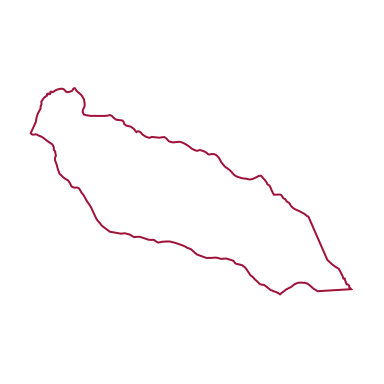 Newfield/Fiette, Choiseul, Saint Lucia (Mercator projection), rotated 93°
{"feature_id": "8701671B94960647396655", "entity_name": "Newfield/Fiette", "entity_type": "district", "adm_level": 2, "iso_a3": "LCA", "parent_name": "Saint Lucia", "parent_adm1": "Choiseul", "projection": "mercator", "projection_center": [-61.052, 13.789], "detail": "fine", "context": "isolated", "style": "outline", "palette": "rose", "viewbox_px": 384, "rotation_deg": 93, "n_neighbors": 0, "source": "geoboundaries", "source_scale": "gbopen_adm2", "svg_char_len": 6036}
<svg xmlns="http://www.w3.org/2000/svg" viewBox="0 0 384 384"><g transform="rotate(93 192 192)"><path d="M243.1,209.0L243.4,207.4L243.7,206.0L244.4,203.5L244.9,201.9L245.4,199.8L245.9,198.6L246.1,197.8L246.8,196.0L248.1,193.6L248.5,191.9L249.0,190.5L249.2,190.0L249.6,189.5L250.7,188.2L251.8,186.8L252.9,185.5L253.3,184.8L254.1,183.9L257.0,174.5L257.1,173.9L257.1,173.7L256.9,172.2L256.9,170.2L256.8,169.3L256.3,165.2L256.3,164.5L256.4,163.7L256.4,163.0L256.7,162.0L257.2,159.7L257.3,159.2L257.1,157.9L256.8,156.0L256.7,155.2L256.7,154.7L256.8,154.0L257.3,151.7L257.5,150.9L258.0,148.7L258.5,147.3L258.7,146.9L258.9,146.7L259.7,146.1L260.0,145.9L260.8,145.1L261.2,144.5L261.4,144.0L261.8,141.6L262.0,140.4L262.4,138.3L263.6,136.5L263.8,136.0L264.9,134.8L266.5,133.3L268.7,131.8L269.9,130.8L270.6,130.4L271.0,130.2L271.4,129.9L272.1,129.1L272.8,128.3L273.1,127.7L273.7,126.9L274.3,126.3L274.6,125.9L275.4,125.3L276.4,124.1L277.1,123.2L277.4,122.8L278.8,121.2L280.0,120.0L280.3,119.6L280.6,119.0L280.9,117.2L280.9,116.7L281.0,116.0L281.0,115.2L283.9,110.9L285.0,109.4L285.7,108.6L285.9,108.3L286.0,107.5L286.0,107.3L286.2,106.7L286.5,106.3L286.7,105.6L287.4,103.2L288.1,101.4L288.7,100.2L289.0,99.8L289.2,99.2L289.6,98.7L287.6,96.7L286.8,95.6L286.4,95.1L286.0,94.6L284.9,93.5L284.4,92.8L283.2,90.8L282.1,88.8L281.4,87.8L280.3,86.5L279.2,85.4L278.7,84.6L277.3,81.9L277.1,81.4L276.9,79.5L276.8,78.7L276.8,76.7L276.8,75.6L276.8,74.9L277.3,72.6L277.4,72.0L277.7,71.4L278.0,71.0L278.5,70.3L278.8,69.9L279.0,69.6L280.5,67.7L281.0,67.1L282.0,65.8L282.8,64.5L283.4,63.3L284.5,61.4L280.7,27.9L279.9,28.7L279.2,29.8L278.5,30.1L277.3,30.1L276.3,31.3L276.0,32.8L271.2,34.9L270.5,34.9L270.6,36.2L269.6,36.7L267.8,37.3L261.0,41.4L258.8,45.5L256.5,48.8L252.7,53.3L210.4,74.5L210.1,75.7L208.5,77.8L207.7,79.0L207.1,80.5L205.5,83.7L204.8,85.7L204.3,87.0L203.7,88.4L203.3,89.1L202.9,89.8L202.1,91.0L200.6,92.5L200.1,92.8L198.2,94.1L197.9,94.4L197.4,95.0L196.9,96.3L196.6,96.8L195.7,97.5L194.9,98.0L194.2,98.7L194.1,99.0L193.6,100.2L193.5,100.4L193.1,100.7L190.8,102.3L190.3,102.8L190.1,103.3L190.0,103.8L189.9,104.4L190.1,106.1L190.2,107.1L190.4,110.2L189.9,110.4L189.4,110.7L188.8,111.1L188.4,111.4L187.8,111.6L186.5,112.4L185.1,113.1L184.1,113.5L183.0,114.0L182.5,114.5L182.0,114.7L181.0,115.8L180.9,116.1L180.5,116.8L180.3,117.1L179.7,117.5L178.9,117.8L178.5,118.0L178.1,118.2L177.8,118.6L176.3,119.8L173.7,122.4L173.3,122.8L172.8,123.2L172.3,123.9L172.2,124.1L172.2,124.7L172.2,125.1L172.5,126.2L173.6,128.0L174.5,129.7L175.2,130.8L175.8,132.2L176.3,133.9L176.4,135.1L176.4,136.1L175.9,138.2L175.8,141.2L175.6,142.8L175.5,143.4L175.0,145.1L174.7,146.5L174.5,147.1L174.3,147.7L174.0,148.6L173.3,149.9L172.9,150.5L172.5,151.0L170.9,152.7L170.2,153.2L169.5,154.0L168.9,154.8L168.5,155.2L168.1,155.5L167.7,156.1L167.4,156.7L166.4,158.0L166.1,158.7L165.7,159.4L165.4,159.7L165.0,160.3L164.7,160.7L163.0,162.3L162.2,163.0L160.5,164.5L159.9,164.8L159.3,165.1L158.0,166.0L157.3,166.4L156.4,167.1L155.9,167.5L155.2,168.2L154.4,169.1L153.8,169.8L153.3,171.2L153.1,171.7L153.0,172.4L153.0,173.0L153.2,174.8L153.3,175.5L153.5,175.9L153.6,176.4L153.6,177.0L153.6,177.3L153.5,177.8L153.3,178.1L152.8,178.6L152.1,179.4L151.5,180.5L151.2,181.1L150.9,181.7L150.5,183.3L150.3,183.6L150.0,184.7L149.8,185.7L149.7,186.5L149.9,187.1L150.5,188.6L150.6,189.1L150.5,189.8L150.2,191.0L149.7,192.4L149.3,193.2L148.9,194.2L148.6,194.7L147.7,195.8L145.8,198.7L145.4,199.5L144.0,202.1L143.4,203.6L142.6,206.0L142.5,206.3L142.5,207.0L142.6,208.1L143.5,213.7L142.6,217.7L139.7,220.7L138.6,222.5L138.9,224.7L139.5,227.2L139.1,235.1L140.2,237.4L139.3,240.8L137.1,244.6L135.1,246.4L134.3,247.8L134.3,249.6L135.1,250.7L132.1,253.2L129.9,256.6L129.2,260.9L127.7,263.2L125.3,264.1L124.2,265.4L123.9,269.9L123.7,271.7L121.7,274.5L120.0,276.3L119.5,278.1L120.2,280.6L120.6,283.3L121.3,297.3L120.9,301.6L120.2,304.1L117.8,305.4L115.6,305.2L112.3,303.8L109.7,303.8L105.1,304.7L101.1,307.4L97.2,312.4L94.4,314.5L94.8,315.5L95.0,315.9L96.7,316.7L97.1,317.0L97.4,317.5L97.5,317.7L97.8,318.3L98.0,318.7L98.4,319.6L98.7,321.2L98.8,322.1L98.5,322.9L97.3,324.1L96.3,325.3L96.0,325.6L95.7,327.0L95.7,327.6L95.7,328.2L96.1,329.9L96.6,331.5L97.3,333.1L97.7,333.7L98.2,334.5L99.3,335.8L99.5,336.4L99.2,337.7L99.2,338.5L99.5,338.7L99.9,338.8L100.5,338.6L101.0,338.5L101.7,339.0L101.7,339.6L101.6,340.3L101.2,340.9L101.8,341.8L102.3,341.9L102.9,341.6L103.4,341.9L103.9,342.6L104.9,343.9L105.7,344.8L108.5,346.5L109.6,347.2L110.3,347.2L111.6,346.9L112.3,346.9L113.3,347.3L114.2,347.6L116.0,347.7L116.7,347.6L120.9,349.7L123.5,350.6L125.8,351.1L127.4,351.3L129.7,351.6L130.8,351.8L132.2,352.5L133.8,353.0L136.3,354.0L140.3,355.6L141.7,356.1L142.5,355.4L143.0,354.4L143.0,353.3L142.8,352.2L142.6,351.1L142.8,349.7L143.4,348.9L144.5,345.6L145.5,343.6L149.5,337.9L150.2,336.5L151.7,334.1L152.5,333.5L154.6,332.3L157.1,332.3L158.0,331.3L158.7,330.8L158.9,330.7L159.9,330.6L161.0,330.3L161.4,330.2L162.9,329.8L165.3,330.7L166.0,330.6L166.9,330.4L167.9,330.3L169.2,329.7L169.9,329.4L171.4,328.7L172.1,328.5L173.2,328.1L173.7,328.0L176.0,327.2L177.6,326.6L177.9,326.4L178.3,326.3L178.1,326.3L180.6,325.3L184.2,321.2L185.8,318.7L187.0,316.2L189.4,314.5L191.6,313.2L192.7,312.7L193.8,310.0L193.6,308.1L193.6,306.8L194.3,305.0L196.0,303.8L196.5,303.5L196.9,303.2L197.8,302.8L198.4,302.3L199.1,301.7L199.6,301.1L201.4,299.7L202.3,299.2L204.9,297.6L207.1,296.1L210.3,293.6L212.8,291.9L213.2,291.6L213.8,291.4L214.9,290.8L223.4,286.3L224.1,285.9L225.0,285.2L227.2,283.1L228.2,282.1L229.4,281.1L230.4,280.1L231.0,279.4L235.5,272.7L235.9,272.2L237.3,261.2L237.3,260.2L236.9,258.4L236.8,257.0L236.8,256.4L237.4,253.8L237.6,252.5L237.7,252.0L240.1,247.6L239.8,246.1L239.7,245.3L239.5,242.0L239.6,241.6L239.9,240.3L240.1,239.5L241.3,235.1L241.5,234.6L241.9,233.0L242.0,231.1L242.0,230.1L241.8,228.6L241.8,227.5L243.0,225.8L244.3,223.2L244.0,222.2L243.8,221.1L243.3,219.5L243.2,218.6L243.0,217.1L242.8,215.0L242.7,214.1L242.6,212.4L242.7,211.5L242.7,210.8L243.1,209.0Z" fill="none" stroke="#9f1239" stroke-width="2"/></g></svg>